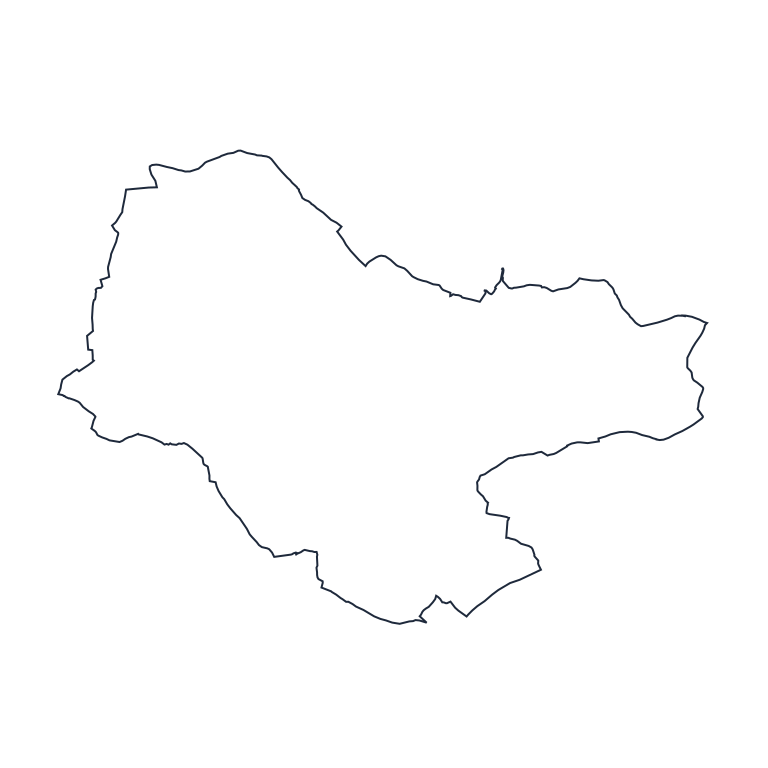 Frata, Cluj, Romania, rotated 177°
{"feature_id": "2599482B89853314027288", "entity_name": "Frata", "entity_type": "district", "adm_level": 2, "iso_a3": "ROU", "parent_name": "Romania", "parent_adm1": "Cluj", "projection": "orthographic", "projection_center": [24.028, 46.701], "detail": "fine", "context": "isolated", "style": "outline", "palette": "slate", "viewbox_px": 768, "rotation_deg": 177, "n_neighbors": 0, "source": "geoboundaries", "source_scale": "gbopen_adm2", "svg_char_len": 6111}
<svg xmlns="http://www.w3.org/2000/svg" viewBox="0 0 768 768"><g transform="rotate(177 384 384)"><path d="M631.4,591.6L632.8,584.9L636.0,572.3L636.4,569.3L638.4,566.7L642.8,560.3L644.0,559.0L647.3,556.5L644.7,551.7L642.3,549.7L641.6,549.0L641.5,548.5L641.7,547.0L642.8,544.3L644.0,540.1L649.7,528.1L650.3,525.0L653.4,515.4L653.6,513.3L652.8,505.4L656.7,504.1L661.6,502.9L660.1,496.4L661.7,494.8L664.2,494.9L665.8,494.4L667.0,493.4L666.6,491.0L667.2,489.6L667.4,486.5L667.8,484.8L668.2,483.5L669.3,483.0L670.2,480.2L670.8,476.9L672.1,465.3L671.9,458.5L672.0,454.1L671.8,452.2L678.0,447.6L677.6,433.8L673.5,433.1L673.4,427.9L673.6,423.5L672.5,422.5L674.2,421.1L678.4,418.3L687.9,412.7L689.9,414.6L693.6,412.6L697.2,410.0L700.3,408.5L704.9,405.2L706.4,400.5L707.2,396.6L709.8,390.9L705.4,389.7L704.5,388.8L703.7,388.8L702.8,387.8L699.5,386.1L699.0,386.2L694.0,384.2L690.6,382.5L688.9,381.2L685.7,376.8L680.3,372.2L676.2,369.3L673.9,366.6L673.9,366.3L676.0,362.4L678.0,356.1L678.6,354.9L674.8,351.8L674.0,350.7L672.9,348.2L672.0,347.4L668.2,345.4L664.0,343.7L661.1,342.1L651.1,339.9L648.1,341.0L645.2,342.8L641.5,344.3L638.9,344.7L632.1,347.1L631.7,346.5L623.2,344.0L617.8,341.9L609.2,337.4L606.4,335.0L604.2,335.5L602.3,334.7L600.6,335.9L599.2,334.9L594.5,334.1L591.9,335.3L589.3,334.8L586.9,335.5L583.5,333.7L578.8,329.5L569.3,319.8L569.0,318.8L568.6,314.7L568.3,313.6L567.5,312.7L564.8,311.1L564.3,310.6L563.1,301.8L563.3,298.4L563.1,296.1L557.3,294.7L556.5,290.4L554.8,285.8L551.3,279.3L549.6,277.4L546.8,272.0L544.0,267.9L538.5,260.9L535.2,257.6L528.5,246.5L526.0,240.9L524.1,238.4L519.4,232.8L517.3,229.7L514.5,227.5L509.2,226.0L507.3,225.0L504.6,221.5L502.7,217.1L485.9,218.5L484.4,218.9L483.4,219.6L480.8,220.3L480.2,219.8L479.5,219.7L480.7,218.7L480.6,218.4L479.5,219.1L475.9,220.4L473.3,222.0L471.9,222.5L466.7,221.0L464.5,220.7L462.4,219.9L460.1,219.8L459.5,216.9L460.0,215.1L460.0,206.1L461.0,204.2L461.0,203.4L460.7,199.4L460.8,196.7L460.5,194.3L459.6,192.6L455.6,190.2L455.6,188.6L457.1,184.0L447.6,179.7L447.1,179.1L442.8,176.2L438.5,172.5L436.7,171.3L433.3,168.5L431.0,168.4L426.9,165.9L423.6,163.2L416.3,159.4L406.0,152.5L399.9,149.6L394.4,147.8L388.3,145.3L380.9,143.7L371.1,145.6L367.4,145.7L364.9,146.6L361.0,146.0L353.9,143.4L360.5,150.2L359.2,151.6L357.5,154.6L356.1,156.1L353.7,157.7L351.0,159.1L346.7,163.4L344.1,166.6L343.0,169.8L341.2,168.5L339.2,166.4L337.2,162.9L335.8,162.8L333.8,161.9L332.6,161.8L329.0,163.2L324.7,156.9L321.7,153.9L313.7,147.5L311.9,149.4L307.6,153.3L302.4,157.3L294.9,161.9L287.0,168.0L280.6,172.3L268.6,178.6L258.7,181.4L237.0,190.3L238.9,194.7L239.5,196.5L239.2,199.6L242.7,204.0L242.9,204.8L242.7,205.5L243.5,208.6L244.2,211.1L245.3,213.0L248.0,214.7L255.5,217.3L259.2,220.4L261.4,221.7L265.9,223.0L267.9,223.9L270.0,224.0L267.8,240.9L266.8,242.2L266.2,243.7L267.2,243.9L268.4,244.7L274.8,246.4L285.4,248.5L288.3,249.7L288.4,250.9L287.4,255.9L286.7,258.0L286.7,259.4L286.3,260.0L288.6,262.2L291.0,266.7L293.0,268.6L295.5,271.5L296.1,272.4L296.3,273.2L296.0,277.5L296.2,280.8L295.9,281.5L294.1,283.7L293.3,286.1L292.4,287.5L288.1,288.6L281.1,293.0L276.2,295.3L263.5,303.3L259.1,303.7L257.8,304.3L251.2,305.6L248.9,305.5L243.8,306.1L238.8,306.2L233.8,307.6L230.3,308.0L224.4,304.0L222.5,304.6L218.2,305.2L215.7,306.1L204.3,312.2L204.4,312.9L199.8,314.7L194.2,315.6L191.2,315.5L183.7,314.3L172.4,315.4L172.7,318.4L165.7,320.0L160.3,321.9L151.2,323.6L142.9,323.6L139.0,323.1L134.8,322.1L128.9,319.5L121.7,317.4L118.4,315.8L114.8,314.6L114.8,314.3L111.6,313.6L107.7,313.8L102.5,315.4L96.3,318.4L88.6,321.4L80.7,325.3L77.1,327.3L68.4,333.0L67.3,334.3L67.3,335.1L72.1,342.6L71.4,344.8L70.9,348.4L69.4,353.8L66.6,359.3L65.5,362.3L65.5,363.3L66.1,364.4L71.1,369.0L74.5,371.5L75.5,373.3L75.8,374.4L76.2,379.4L77.4,381.3L79.9,384.0L80.3,384.9L79.7,394.3L73.9,404.3L70.7,408.9L65.4,415.6L63.5,418.5L61.4,422.5L60.4,425.9L58.2,428.0L61.3,429.2L65.6,431.8L73.0,435.0L79.2,436.5L80.2,436.6L79.5,436.1L79.7,435.9L82.0,436.5L86.8,436.9L90.0,436.4L93.8,434.8L98.1,433.4L107.7,431.0L122.1,428.4L124.3,428.3L127.6,430.4L129.7,432.2L132.7,436.2L134.7,438.2L135.8,440.4L141.7,447.1L143.3,450.4L144.9,455.8L146.3,458.2L146.9,460.2L148.8,462.3L149.9,466.4L150.5,467.7L151.4,468.9L154.2,471.9L155.5,474.1L158.3,476.0L159.3,476.3L164.5,475.9L171.4,476.6L179.4,478.2L183.3,479.3L185.3,476.9L187.5,475.0L192.9,471.2L196.0,470.2L204.9,469.3L210.3,467.7L212.0,468.3L216.5,471.4L218.9,472.3L221.3,472.2L222.0,473.7L224.0,474.2L233.1,475.4L236.4,475.1L239.2,474.2L247.1,473.3L249.2,473.3L250.8,472.7L251.7,472.7L254.4,473.5L259.8,480.5L260.0,481.7L259.7,483.8L260.1,484.6L260.2,485.5L259.1,489.1L258.7,491.5L259.0,492.9L259.2,493.2L259.8,493.1L260.1,492.6L259.6,492.1L259.6,491.4L261.9,482.0L262.6,480.5L263.7,479.2L266.3,476.9L267.8,474.9L268.0,474.4L267.3,473.4L268.1,472.7L269.2,470.7L271.0,468.8L271.9,468.1L272.4,468.1L274.2,469.1L277.0,472.0L279.3,472.3L277.6,471.1L278.0,469.1L284.0,461.1L292.8,463.9L300.8,466.1L301.7,466.6L302.4,467.7L305.0,468.8L308.0,469.2L310.3,470.0L312.5,468.5L313.3,468.3L312.9,471.6L320.0,474.8L321.4,476.2L323.3,479.4L324.2,480.0L329.7,481.0L336.2,484.1L339.7,485.0L344.8,486.9L348.9,489.2L350.3,490.2L354.9,495.8L357.6,498.4L363.5,500.8L365.3,501.9L370.9,507.6L375.9,511.4L380.1,512.3L382.6,511.9L385.2,510.9L392.2,507.0L394.5,505.1L396.2,502.7L402.5,509.2L410.4,518.8L414.7,525.1L417.2,530.3L422.8,538.7L421.5,539.7L418.2,543.4L423.0,547.6L428.3,550.7L435.7,558.3L442.0,563.1L443.7,565.0L446.0,567.0L446.9,567.4L447.8,568.7L449.9,570.5L453.2,572.0L455.8,574.0L456.9,577.2L458.6,580.8L458.9,581.9L458.7,582.7L460.2,584.1L460.7,585.2L465.2,589.8L467.1,592.5L469.7,595.1L474.7,601.0L478.4,605.7L484.6,614.4L486.7,616.3L489.3,617.4L493.6,618.2L494.2,618.5L498.9,619.0L500.7,619.9L508.6,621.8L515.0,624.6L517.4,624.6L522.3,622.7L528.0,622.2L534.5,620.3L536.3,619.3L549.2,615.3L551.1,614.4L554.1,611.6L558.0,608.7L566.7,606.4L571.5,606.6L575.2,607.9L578.0,608.4L583.8,610.6L589.5,612.1L597.3,614.6L600.0,615.0L604.1,614.8L606.5,613.5L606.7,610.8L605.3,605.3L601.7,598.9L600.5,592.3L608.5,592.5L631.4,591.6Z" fill="none" stroke="#1e293b" stroke-width="2"/></g></svg>